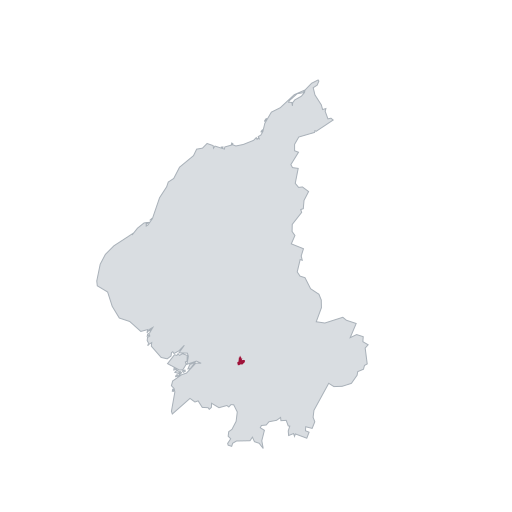 location of Boa Vista do Ramos, Amazonas, Brazil, rotated 201°
{"feature_id": "56859067B11380578254177", "entity_name": "Boa Vista do Ramos", "entity_type": "district", "adm_level": 2, "iso_a3": "BRA", "parent_name": "Brazil", "parent_adm1": "Amazonas", "projection": "equal_earth", "projection_center": [-57.61, -3.16], "detail": "fine", "context": "in_parent", "style": "filled", "palette": "rose", "viewbox_px": 512, "rotation_deg": 201, "n_neighbors": 0, "source": "geoboundaries", "source_scale": "gbopen_adm2", "svg_char_len": 5308}
<svg xmlns="http://www.w3.org/2000/svg" viewBox="0 0 512 512"><g transform="rotate(201 256 256)"><path d="M165.0,108.9L168.9,113.4L173.7,111.2L175.2,114.1L177.9,110.0L184.5,105.9L185.9,101.9L190.2,99.7L190.5,97.2L185.7,96.3L184.4,85.6L180.3,78.9L185.9,82.3L190.9,82.1L194.4,85.6L195.4,81.4L207.9,76.3L210.7,72.8L210.5,69.6L214.2,69.4L215.3,70.9L214.1,76.3L217.4,77.8L218.5,82.2L216.3,85.6L215.3,94.5L217.6,103.7L223.5,109.1L226.1,108.3L227.3,105.3L229.6,106.0L236.2,101.1L244.7,102.6L243.4,98.7L244.7,96.1L246.4,97.2L251.9,95.4L258.1,100.0L260.7,97.8L266.6,99.4L277.5,78.5L279.3,80.7L283.0,99.9L284.9,102.9L288.5,104.6L289.0,109.5L282.7,118.7L278.9,121.8L273.8,134.4L268.8,136.2L274.0,136.5L281.7,130.1L283.2,138.2L285.3,140.7L293.2,138.0L290.9,147.0L294.0,139.8L297.6,135.6L299.4,136.8L300.3,135.5L299.5,132.2L302.0,128.2L308.2,127.3L321.4,134.3L322.3,137.8L324.2,135.3L327.3,138.1L328.1,141.1L326.5,143.2L327.2,144.3L328.8,142.2L329.2,144.2L327.7,146.2L326.7,152.4L328.8,149.9L330.3,145.2L330.6,148.6L336.5,144.3L350.4,149.6L361.4,149.1L372.2,157.5L381.6,169.2L393.5,171.3L395.7,175.6L398.5,192.5L397.2,203.5L392.3,214.6L379.2,232.7L379.2,231.2L376.6,239.5L372.4,246.7L370.5,247.8L369.2,244.6L368.0,246.2L366.1,253.9L366.9,275.9L364.2,288.6L364.4,293.6L360.6,298.9L359.2,311.5L350.3,327.3L349.7,334.5L344.6,337.5L342.0,343.5L335.6,343.7L334.3,341.4L333.7,343.9L323.8,344.5L324.2,346.6L317.7,351.5L314.2,351.5L307.8,355.6L299.7,363.1L298.2,366.6L296.8,365.3L296.2,366.9L294.5,366.2L296.7,368.3L294.8,370.6L294.2,374.5L295.3,383.1L293.2,395.8L286.5,403.1L278.1,420.3L270.3,428.0L270.2,425.5L275.7,422.3L280.6,412.9L280.7,411.2L277.6,412.2L275.8,409.2L276.7,412.2L275.7,415.7L270.9,421.4L269.3,426.0L269.7,428.5L266.0,437.2L261.1,442.6L260.0,441.8L260.1,437.5L262.9,433.6L258.7,427.5L249.2,420.5L246.3,416.6L243.6,418.7L243.3,415.9L238.0,409.8L235.4,411.5L232.7,410.6L244.5,394.0L245.9,394.1L245.6,392.4L258.7,382.4L260.0,374.1L257.7,368.1L253.5,368.1L256.2,353.8L253.6,351.6L248.0,352.9L245.4,337.9L240.8,335.3L237.4,337.1L230.0,335.0L231.1,325.1L228.8,317.1L230.9,315.4L229.0,313.1L233.5,298.5L231.1,291.8L227.0,289.1L227.4,280.0L214.3,279.8L213.8,272.2L211.3,268.6L213.5,268.5L211.8,255.9L207.7,253.0L202.5,253.3L193.3,245.0L183.5,242.8L179.3,238.3L176.4,231.2L176.2,216.2L167.7,218.1L153.0,229.9L148.6,228.4L138.3,228.9L138.8,213.5L133.9,218.7L127.0,219.1L125.5,214.3L119.5,213.3L121.1,209.2L113.5,195.1L115.5,192.7L115.1,188.8L119.6,184.5L118.9,180.9L121.3,171.3L128.9,165.2L136.5,162.0L142.5,163.2L146.6,132.7L144.9,125.9L141.7,122.3L141.8,115.2L148.4,114.4L147.2,110.6L143.3,110.5L143.3,104.1L155.5,104.0L155.4,101.4L157.3,103.7L161.2,100.1L163.2,104.2L163.5,109.3L165.0,108.9ZM286.4,122.1L300.0,123.8L296.7,134.6L294.3,134.8L293.8,136.7L291.8,135.8L289.6,138.5L284.5,138.5L282.7,133.1L284.0,131.8L282.4,129.8L283.5,123.6L286.4,122.1ZM274.8,135.0L276.9,127.3L279.1,126.2L278.9,131.0L274.8,135.0ZM290.1,118.3L288.8,121.1L285.8,120.5L286.2,118.6L290.1,118.3ZM285.5,115.1L285.0,121.0L283.7,120.4L285.5,115.1ZM292.3,122.0L290.4,122.3L289.5,121.8L291.9,120.1L292.3,122.0ZM283.5,122.2L281.5,124.1L280.7,123.1L282.1,121.4L283.5,122.2ZM287.1,117.0L286.2,115.8L287.8,114.6L287.9,115.8L287.1,117.0ZM286.0,101.8L284.9,102.1L284.6,100.0L285.7,99.8L286.0,101.8ZM295.6,388.4L295.3,386.6L296.2,385.0L296.4,385.5L295.6,388.4ZM318.9,350.8L319.1,352.8L317.8,352.4L318.9,350.8ZM295.3,375.8L294.7,374.7L295.6,373.6L295.9,374.1L295.3,375.8ZM328.5,148.6L327.6,150.8L328.5,147.6L328.5,148.6ZM369.8,248.2L368.4,248.8L369.3,247.1L369.8,248.2ZM327.3,345.3L325.9,346.0L325.7,345.6L326.5,344.7L327.3,345.3ZM367.5,252.1L366.9,253.3L366.6,252.6L367.5,252.1ZM324.9,133.4L325.0,134.6L324.6,134.4L324.9,133.4Z" fill="#d9dde1" stroke="#a8b0b8" stroke-width="1"/><path d="M233.5,148.5L233.4,148.5L233.2,148.7L233.2,148.8L233.2,148.7L233.0,148.8L232.9,148.8L232.8,149.0L232.7,149.3L232.6,149.5L232.4,149.7L232.4,149.8L232.2,149.9L232.0,150.0L231.9,150.0L231.7,150.0L231.6,150.3L231.4,150.3L231.3,150.2L231.2,150.1L230.9,150.1L230.7,150.1L230.6,149.9L230.6,150.0L230.4,150.4L230.4,150.5L230.2,150.9L230.2,151.0L229.9,151.7L229.8,151.8L229.7,151.9L229.7,152.0L229.5,152.3L229.5,152.5L229.4,152.5L229.3,152.8L229.3,153.1L229.3,153.3L229.4,153.8L229.5,153.9L229.8,153.8L230.0,153.8L230.3,153.7L230.4,153.4L230.5,153.3L230.5,153.2L230.6,153.3L230.8,153.3L230.8,153.2L231.0,153.2L231.1,152.8L231.2,152.7L231.2,152.4L231.2,152.2L231.3,152.1L231.3,151.9L231.3,151.7L231.8,151.7L232.3,151.7L232.6,151.7L232.6,151.8L232.6,152.0L232.5,152.3L232.5,152.5L232.5,152.9L232.6,153.1L232.5,153.3L232.7,153.5L232.8,153.6L232.8,153.8L232.9,153.7L233.0,153.6L233.3,153.5L233.3,153.8L233.4,154.1L233.5,154.2L233.4,154.3L233.5,154.4L233.5,154.5L233.6,154.8L233.7,155.0L233.8,155.1L233.9,155.3L234.1,155.4L234.3,155.4L234.4,155.5L234.4,155.3L234.4,155.2L234.5,154.9L234.5,154.7L234.4,154.5L234.4,154.4L234.4,154.2L234.5,154.2L234.4,154.0L234.4,153.9L234.4,153.7L234.2,153.6L234.2,153.4L234.2,153.2L234.0,153.3L233.8,153.1L233.8,152.5L233.8,152.0L233.8,150.8L233.8,150.7L233.7,150.7L233.8,150.6L234.0,150.5L234.2,150.4L234.3,150.3L234.3,150.2L234.5,149.9L234.5,149.7L234.4,149.6L234.2,149.6L234.1,149.8L233.9,149.9L233.7,149.9L233.7,149.7L233.6,149.1L233.8,149.0L233.8,148.9L233.7,148.7L233.5,148.5Z" fill="#f43f5e" stroke="#9f1239" stroke-width="1.5"/></g></svg>